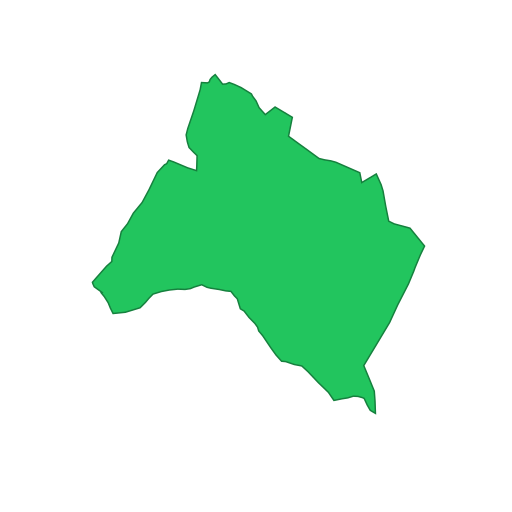 the district of Al-Muqdadiya, Diyala, Iraq, rotated 73°
{"feature_id": "34846034B81294640274407", "entity_name": "Al-Muqdadiya", "entity_type": "district", "adm_level": 2, "iso_a3": "IRQ", "parent_name": "Iraq", "parent_adm1": "Diyala", "projection": "robinson", "projection_center": [44.954, 33.88], "detail": "fine", "context": "isolated", "style": "filled", "palette": "green", "viewbox_px": 512, "rotation_deg": 73, "n_neighbors": 0, "source": "geoboundaries", "source_scale": "gbopen_adm2", "svg_char_len": 1772}
<svg xmlns="http://www.w3.org/2000/svg" viewBox="0 0 512 512"><g transform="rotate(73 256 256)"><path d="M74.2,257.4L80.7,260.8L98.8,272.9L114.2,284.0L119.8,287.4L126.0,288.2L127.5,288.3L132.7,288.3L138.4,285.4L142.8,283.0L152.9,286.4L157.0,287.9L151.7,295.6L142.0,307.2L138.8,311.5L141.6,314.4L141.8,315.4L142.0,316.8L147.3,326.0L161.4,339.0L171.5,349.2L179.2,360.8L187.6,369.4L193.3,377.7L203.4,383.4L215.1,394.1L219.1,395.5L222.0,401.8L230.0,414.8L233.3,420.1L234.9,420.1L238.1,419.7L242.6,416.3L245.8,413.9L245.9,414.8L250.6,412.9L257.5,411.0L263.2,410.5L269.2,409.5L271.6,397.4L271.6,387.3L271.6,382.0L268.0,375.2L265.2,370.9L262.3,365.6L262.3,361.7L262.3,356.9L263.2,348.7L264.8,340.5L267.2,333.7L268.0,328.4L267.6,324.1L267.6,319.7L267.6,316.3L271.6,312.0L273.6,308.6L277.3,300.9L280.5,295.1L282.5,290.3L287.8,288.3L291.4,286.4L301.9,286.4L305.1,283.5L312.8,280.6L320.1,276.8L324.5,275.3L328.5,275.3L334.2,272.9L348.3,268.6L356.8,265.7L364.1,262.3L365.7,258.4L370.9,251.2L374.5,244.4L381.8,240.1L395.5,233.3L407.6,226.6L416.9,223.7L417.7,215.4L418.5,209.7L418.5,203.9L420.1,199.5L422.5,195.7L423.8,194.2L431.0,193.2L435.0,192.3L437.1,191.8L441.4,187.8L429.5,184.6L419.8,182.4L407.7,183.5L392.3,185.0L375.3,166.1L358.7,147.7L344.2,134.8L327.3,118.4L316.8,109.7L313.6,107.3L303.1,98.6L295.8,91.9L274.4,100.6L265.6,114.6L261.5,118.9L246.2,117.4L230.9,115.5L224.4,115.5L212.7,117.0L216.7,133.4L206.7,132.4L189.7,152.2L186.9,156.6L184.1,162.3L181.2,167.2L171.3,174.6L161.9,181.7L151.0,189.9L134.0,180.7L119.1,194.2L123.5,205.8L115.0,209.7L107.8,210.6L102.1,212.6L99.7,213.0L90.8,220.8L85.6,226.6L82.3,230.9L82.7,234.3L81.9,237.7L74.2,240.6L70.6,242.0L72.2,245.9L73.8,248.3L75.8,249.7L76.3,251.7L74.2,257.4Z" fill="#22c55e" stroke="#15803d" stroke-width="1.5"/></g></svg>